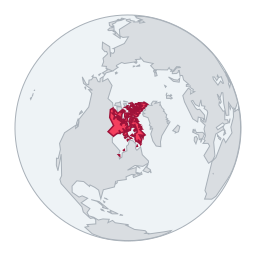 Nunavut highlighted on a globe, orthographic projection, rotated 28°
{"feature_id": "CAN-634", "entity_name": "Nunavut", "entity_type": "Territory", "adm_level": 1, "iso_a3": "CAN", "parent_name": "Canada", "parent_adm1": "", "projection": "orthographic", "projection_center": [-85.605, 67.518], "detail": "fine", "context": "on_globe", "style": "filled", "palette": "rose", "viewbox_px": 256, "rotation_deg": 28, "n_neighbors": 0, "source": "natural_earth", "source_scale": "10m", "svg_char_len": 15800}
<svg xmlns="http://www.w3.org/2000/svg" viewBox="0 0 256 256"><g transform="rotate(28 128 128)"><circle cx="128" cy="128" r="113" fill="#eef3f6" stroke="#a8b0b8"/><path d="M155.5,237.2L156.2,237.0L154.3,237.2L146.2,238.2L136.5,235.8L139.4,233.4L137.2,232.5L144.6,227.8L142.4,223.9L139.7,223.6L137.2,225.5L127.9,223.1L124.4,219.3L95.1,208.5L92.0,205.3L91.8,201.3L81.3,182.5L86.2,198.6L82.2,194.5L79.0,188.2L80.7,187.7L78.4,178.7L74.8,173.7L74.2,162.0L80.7,149.8L81.9,153.0L83.3,149.9L81.8,145.6L80.6,143.6L83.5,127.9L79.8,114.5L75.2,112.6L78.9,111.3L67.8,109.5L63.6,104.3L70.5,108.8L72.9,108.2L71.1,104.0L73.1,102.5L73.4,99.6L76.0,98.3L79.9,101.1L81.6,100.4L80.2,97.4L82.0,94.3L83.7,98.8L87.0,93.9L94.0,98.0L96.5,111.4L102.6,113.0L110.9,125.0L112.3,122.9L116.3,126.2L119.4,125.1L120.1,127.8L122.0,124.5L120.8,122.3L121.2,120.2L122.9,119.3L124.1,122.6L123.4,123.5L124.6,124.0L124.4,126.0L125.5,124.5L126.7,128.6L128.1,123.4L131.1,125.6L131.2,128.7L127.9,129.9L119.8,140.4L118.8,144.1L120.9,148.0L131.7,152.0L132.1,155.6L135.0,159.3L136.3,156.6L134.6,152.7L137.8,148.7L135.2,144.7L136.1,142.5L134.8,137.8L138.6,137.0L143.0,138.7L144.3,142.6L146.3,143.5L148.0,138.7L153.2,144.9L161.5,147.5L162.5,149.3L159.1,154.9L151.7,157.8L147.3,165.5L153.8,159.0L156.1,164.0L158.0,164.3L160.0,163.2L160.6,160.8L162.1,162.2L156.2,169.1L154.8,167.9L156.6,165.7L153.2,167.1L149.2,172.0L150.7,174.3L143.2,179.7L144.2,181.4L143.1,183.7L142.0,180.5L143.7,186.4L135.2,194.1L137.3,203.4L131.2,196.6L126.7,196.0L121.2,196.1L121.5,197.7L114.0,196.1L107.6,198.7L105.9,205.6L108.9,211.0L117.2,212.0L119.4,209.4L125.4,209.0L121.7,216.1L132.2,217.0L131.5,221.8L134.6,223.9L139.7,222.9L145.0,223.2L148.5,220.1L154.3,217.4L154.7,221.0L157.7,216.9L161.1,217.7L172.5,213.6L171.7,214.8L181.4,214.5L191.3,210.6L193.6,211.2L192.5,213.2L195.8,211.3L195.8,212.0L208.4,202.9L214.4,198.2L213.8,200.2L208.2,207.0L206.2,209.1L199.9,214.7L193.3,219.8L186.3,224.4L179.0,228.4L171.4,231.9L163.6,234.9L155.5,237.2ZM27.8,147.6L28.5,146.1L28.7,148.4L27.8,147.6ZM28.6,144.2L28.4,144.9L28.5,144.1L28.6,144.2ZM28.3,143.0L28.5,143.8L28.2,143.0L28.3,143.0ZM27.9,141.5L28.2,142.2L27.9,141.5ZM137.0,206.5L148.9,208.8L142.5,210.3L143.6,209.4L140.6,208.2L134.9,207.3L129.1,208.5L137.0,206.5ZM27.6,138.8L27.6,138.1L27.9,138.7L27.6,138.8ZM141.6,200.9L139.6,200.9L141.6,200.6L141.6,200.9ZM79.6,143.0L81.6,145.7L82.2,150.1L80.3,148.0L79.6,143.0ZM78.9,134.6L80.4,135.4L78.7,138.6L78.4,137.2L78.9,134.6ZM71.4,111.7L72.6,113.8L70.7,112.3L71.4,111.7ZM73.0,99.5L72.0,99.4L72.6,97.9L73.0,99.5ZM132.8,138.6L133.8,138.2L133.5,139.3L132.8,138.6ZM131.3,137.0L130.3,138.5L129.5,137.9L130.1,137.0L131.3,137.0ZM77.1,94.6L78.4,92.5L77.8,95.2L77.1,94.6ZM132.8,135.2L128.1,136.8L126.6,135.8L127.8,131.5L132.8,135.2ZM79.5,91.5L82.5,86.4L80.5,85.6L87.7,84.9L82.8,89.5L82.4,92.9L81.2,91.1L79.5,91.5ZM119.6,122.0L121.0,124.3L118.3,123.2L119.6,122.0ZM117.8,121.8L108.8,121.6L107.7,117.9L110.9,118.6L108.2,114.5L112.0,112.7L114.4,114.6L114.4,117.4L115.9,114.6L117.8,121.8ZM91.2,85.5L92.5,84.7L91.9,86.1L91.2,85.5ZM121.2,119.2L119.5,119.5L118.3,116.2L121.6,115.1L120.9,116.5L121.2,119.2ZM105.6,114.3L105.3,111.8L108.4,109.6L108.7,108.3L112.0,112.4L105.6,114.3ZM122.0,116.9L123.2,114.7L125.3,115.5L122.8,118.8L122.0,116.9ZM116.7,115.9L116.3,114.3L117.6,114.8L116.7,115.9ZM133.4,117.2L131.4,117.5L130.6,115.8L133.4,117.2ZM123.5,113.8L122.8,113.6L122.3,113.0L123.5,111.7L123.5,113.8ZM113.9,110.6L115.3,110.3L112.7,108.8L114.9,107.2L116.8,110.3L116.9,108.3L117.5,107.8L118.3,110.8L113.9,110.6ZM123.2,108.7L126.3,112.1L130.2,111.9L130.9,113.3L124.5,113.5L123.2,108.7ZM120.2,109.7L122.2,109.4L122.2,111.3L120.8,112.7L120.2,109.7ZM115.7,105.1L111.9,106.8L111.6,106.1L115.7,105.1ZM124.3,108.2L123.5,107.4L124.6,108.0L124.3,108.2ZM118.4,105.6L117.1,106.3L116.8,105.4L118.4,105.6ZM123.1,105.3L124.1,106.4L123.2,107.3L123.1,105.3ZM120.9,105.1L120.9,103.8L122.3,107.0L120.4,105.6L120.9,105.1ZM118.3,104.7L117.7,104.4L118.9,104.6L118.3,104.7ZM126.0,101.1L127.9,104.9L125.9,107.0L124.3,103.0L126.0,101.1ZM133.0,15.5L133.4,15.5L135.6,15.6L143.6,16.4L151.5,17.8L159.3,19.8L166.9,22.3L170.7,23.8L175.8,26.5L189.1,34.4L189.6,35.3L192.4,37.1L195.8,40.4L196.0,41.9L198.7,44.3L197.6,40.5L194.6,38.0L190.2,35.4L190.6,35.1L187.2,32.4L194.7,37.2L201.3,42.4L207.4,48.1L213.1,54.2L212.7,53.9L213.9,61.5L212.5,60.8L212.4,60.8L214.8,62.6L214.2,64.1L216.1,60.1L217.4,60.4L214.8,56.2L219.9,62.9L224.5,69.9L228.5,77.2L232.0,84.7L234.9,92.6L237.2,100.6L239.0,108.7L240.1,117.0L240.0,115.9L240.0,117.0L240.3,122.1L240.0,123.4L239.9,126.4L237.7,147.0L235.4,151.5L229.0,154.8L228.3,149.3L225.3,147.1L217.9,118.0L219.5,112.9L217.2,94.5L217.5,92.4L221.1,95.1L222.1,83.5L218.4,78.9L216.0,68.8L212.2,62.1L204.8,58.3L211.0,69.3L208.8,70.8L201.1,61.5L195.2,52.4L194.1,52.7L195.1,58.3L190.8,56.1L195.0,60.3L195.5,58.6L198.1,61.3L197.9,62.9L196.4,62.1L197.4,65.0L204.2,68.6L205.3,67.3L209.6,75.3L212.0,74.0L214.2,76.4L211.0,79.6L209.2,79.0L205.7,86.1L208.1,87.4L211.5,80.9L211.7,82.9L214.9,84.8L212.6,85.1L208.3,92.1L210.3,100.3L217.8,111.8L217.9,117.0L215.7,121.3L208.0,116.7L208.6,105.6L205.9,104.0L201.5,106.4L202.0,102.9L200.3,102.5L200.1,98.5L195.6,93.2L194.8,89.3L189.0,87.7L187.8,85.6L191.6,87.1L193.8,86.2L191.2,77.0L189.5,75.4L186.0,75.1L185.7,72.7L182.6,73.7L179.1,68.9L180.7,75.6L176.5,75.7L172.3,73.2L171.2,74.5L178.2,78.6L180.7,79.2L182.4,77.8L189.6,80.7L191.3,83.8L184.9,85.4L186.7,90.0L180.9,89.5L165.6,78.4L161.2,73.7L162.6,64.4L166.0,65.0L167.2,68.6L169.8,64.6L167.8,65.2L167.6,63.3L163.6,63.1L163.2,61.7L160.0,63.9L159.1,62.3L161.2,60.9L154.5,59.4L151.6,56.2L150.2,56.6L149.6,57.8L146.3,53.1L145.5,53.6L146.2,55.3L145.0,57.3L141.6,59.2L140.7,57.4L141.8,56.5L142.7,52.1L145.8,50.1L145.0,49.6L142.1,51.0L141.0,56.3L139.2,57.9L139.3,55.3L139.1,56.4L137.9,56.6L135.9,55.3L135.6,58.2L123.9,64.1L118.7,62.3L120.0,59.2L110.8,61.9L105.7,59.9L106.5,61.5L102.5,64.0L104.0,64.6L104.1,65.6L94.6,72.7L91.7,73.1L88.4,78.2L88.8,79.0L90.8,79.0L87.7,84.9L80.5,85.6L80.1,83.7L75.9,85.5L75.4,80.9L73.2,78.1L75.2,72.1L73.2,70.5L71.8,71.5L68.0,70.1L65.2,64.2L73.7,64.8L79.2,73.4L77.5,69.5L79.8,69.2L80.3,67.1L79.0,64.4L77.6,64.9L85.1,55.1L85.6,47.3L81.0,50.4L77.6,50.5L74.1,45.0L80.7,33.5L76.2,34.0L75.5,33.2L78.6,30.9L79.6,31.9L83.3,30.7L83.4,31.7L88.7,28.6L89.1,29.9L93.0,26.9L90.9,26.6L86.1,28.8L89.3,25.8L83.7,26.8L82.5,26.1L89.9,22.0L97.3,19.6L106.1,17.5L115.0,16.1L124.0,15.4L133.0,15.5ZM224.1,127.8L225.2,128.8L224.1,127.8ZM191.3,43.6L186.2,38.9L184.4,40.9L182.3,39.3L182.5,40.6L184.3,41.0L184.1,44.4L180.4,42.4L178.9,43.1L180.5,44.8L187.3,47.9L187.7,43.0L190.6,44.2L191.3,43.6ZM172.9,213.4L174.3,213.5L172.5,214.3L172.9,213.4ZM141.7,212.3L144.2,212.0L145.5,212.5L143.7,213.0L141.7,212.3ZM161.9,207.9L164.6,207.4L161.9,208.7L161.9,207.9ZM150.8,208.9L159.7,208.4L154.3,211.2L148.7,211.4L152.5,210.2L150.8,208.9ZM140.8,204.0L142.4,204.1L142.0,205.1L140.8,204.0ZM143.1,200.7L142.5,200.9L141.6,200.3L143.1,200.7ZM156.4,163.6L156.9,163.1L159.1,162.5L158.3,163.8L156.4,163.6ZM167.3,154.3L169.6,156.9L167.4,155.9L166.7,158.0L161.3,158.7L162.7,150.3L163.0,153.9L167.3,154.3ZM154.5,157.4L157.8,157.8L154.1,157.7L154.5,157.4ZM191.0,105.0L192.3,103.4L194.4,104.8L195.4,110.1L192.4,108.1L191.0,105.0ZM193.7,101.0L187.0,101.3L186.1,98.2L187.8,99.9L187.8,97.8L190.5,99.9L196.1,96.7L198.4,97.7L199.0,106.7L197.6,103.1L196.4,104.8L193.7,101.0ZM171.7,109.0L168.8,109.4L170.6,102.0L173.1,102.5L174.3,107.6L172.0,110.2L171.7,109.0ZM135.8,127.5L134.6,128.4L134.3,127.4L135.0,125.9L135.8,127.5ZM132.5,117.4L140.8,122.8L139.8,124.0L145.8,125.8L145.6,129.8L141.7,128.5L146.0,133.0L142.4,133.4L145.6,136.2L137.0,132.8L133.9,133.4L137.4,131.2L137.8,127.4L137.0,126.0L132.4,122.6L126.0,122.3L125.2,118.6L126.4,116.2L127.9,115.7L127.9,118.2L129.8,115.7L130.9,119.0L132.5,117.4ZM140.9,90.9L140.3,93.7L144.3,89.9L145.5,92.9L145.9,92.3L148.1,94.0L151.4,95.1L151.4,96.7L152.7,96.5L154.1,97.7L155.9,97.9L156.6,100.8L158.8,101.3L157.8,102.4L161.5,102.5L159.1,103.7L160.7,105.5L162.2,103.4L161.5,119.0L163.1,124.8L165.7,129.1L161.3,130.7L156.0,127.8L150.9,122.6L150.0,116.9L148.2,118.7L147.2,116.5L149.1,116.0L145.6,115.6L145.3,113.6L140.8,109.5L136.0,110.2L134.2,108.7L136.0,107.5L133.0,106.9L135.1,103.7L133.8,102.6L134.7,98.4L138.7,96.8L137.1,95.7L137.6,92.5L140.9,90.9ZM126.3,100.0L130.9,97.2L133.8,97.5L131.2,104.7L132.0,106.2L130.4,110.9L126.2,110.4L127.1,109.1L126.9,107.7L128.3,108.4L127.1,106.8L128.2,104.9L127.6,103.2L129.2,102.7L126.3,100.0ZM215.7,89.8L215.5,88.1L214.8,85.6L216.8,86.8L215.7,89.8ZM212.9,94.6L212.4,93.0L214.9,93.4L215.1,95.1L212.9,94.6ZM210.1,92.0L212.2,92.9L211.2,93.5L210.1,92.0ZM190.9,85.7L190.2,84.2L191.0,84.0L192.3,84.8L190.9,85.7ZM153.1,80.8L152.3,82.3L151.5,82.0L148.1,83.7L147.0,81.7L148.6,79.8L153.1,80.8ZM207.1,60.4L209.4,62.6L209.5,63.4L208.7,62.5L207.1,60.4ZM214.3,74.9L213.7,71.7L214.9,75.3L214.3,74.9ZM151.3,78.9L150.0,79.8L150.2,78.3L151.3,78.9ZM146.0,80.3L145.9,78.5L146.5,81.6L146.0,80.3ZM81.6,25.8L81.2,25.7L81.6,25.4L83.2,24.8L81.6,25.8ZM139.8,63.9L145.9,63.7L149.5,62.4L150.3,59.8L151.7,63.5L146.2,65.5L139.8,63.9ZM125.9,64.2L125.2,66.6L123.8,65.8L123.8,65.1L125.9,64.2ZM126.7,65.5L129.1,68.1L127.5,69.6L126.0,67.2L126.7,65.5ZM140.4,73.2L142.2,73.2L142.0,74.5L140.4,73.2ZM68.8,36.3L69.9,36.4L67.8,38.1L67.7,37.5L68.8,36.3ZM61.9,43.9L67.6,38.6L72.3,34.6L70.5,35.4L70.9,33.9L74.0,33.1L71.2,36.4L67.5,39.3L67.7,40.7L65.4,43.6L67.0,44.6L66.2,46.2L63.6,46.3L61.9,43.9ZM67.8,44.9L69.8,48.1L65.5,51.0L64.1,50.9L65.0,48.2L67.2,46.8L67.8,44.9ZM69.0,49.7L71.1,48.5L78.5,51.3L79.0,52.6L71.1,51.8L72.8,50.6L71.7,49.5L69.0,49.7ZM91.7,83.9L92.4,84.6L91.1,84.7L91.7,83.9ZM105.0,65.8L104.8,67.1L103.4,67.1L105.0,65.8ZM103.6,70.8L105.4,69.9L103.9,71.5L103.6,70.8ZM109.3,67.8L106.3,69.8L108.6,66.8L109.3,67.8Z" fill="#d9dde1" stroke="#a8b0b8" stroke-width="1"/><path d="M114.4,124.9L120.6,125.8L119.9,127.4L120.6,128.4L119.7,128.2L120.1,129.2L120.0,128.5L120.6,128.5L120.8,126.4L122.5,125.4L121.6,125.1L122.6,123.8L120.8,122.0L121.4,121.5L121.2,120.0L122.6,118.8L124.1,122.6L123.0,123.5L124.8,124.1L124.0,124.2L124.5,126.2L125.5,124.5L126.3,125.4L126.5,128.8L128.8,125.0L128.0,123.4L131.1,125.4L130.1,126.1L131.1,128.9L129.8,130.3L129.3,129.2L129.1,129.6L128.9,129.1L128.5,128.9L128.3,129.2L128.8,129.1L128.7,129.2L129.1,129.6L129.5,130.5L129.4,130.6L127.1,129.9L127.8,130.7L126.5,132.3L124.7,131.0L123.3,130.9L126.9,132.7L124.0,135.5L121.0,134.1L123.5,136.6L121.0,137.7L119.0,142.1L112.1,140.6L114.2,132.6L106.9,127.3L103.8,120.0L105.4,117.4L108.3,121.7L107.0,122.3L110.5,123.5L111.3,127.4L112.1,124.0L113.1,124.2L113.9,123.5L112.1,122.9L113.8,122.8L114.4,124.9ZM136.8,129.9L138.1,127.4L137.1,125.7L135.5,124.3L134.4,125.2L134.9,124.1L132.4,121.6L132.0,122.1L132.6,123.1L127.9,123.1L125.8,122.0L125.5,120.9L127.1,121.2L125.3,119.2L126.3,116.4L128.3,115.6L127.3,117.8L127.5,119.2L128.5,120.6L128.3,120.6L127.2,121.2L128.5,121.3L128.6,119.8L128.2,119.8L128.0,119.4L127.7,119.2L128.9,119.1L128.0,117.4L129.0,117.7L128.1,117.0L130.2,115.8L131.1,117.6L130.8,119.3L134.1,117.7L133.6,119.1L137.0,119.6L136.9,120.0L136.6,120.1L136.2,120.7L136.4,121.0L137.4,119.9L137.4,122.0L139.1,120.4L139.2,120.8L138.4,121.5L138.1,122.2L139.6,120.9L140.4,121.8L138.6,122.7L140.8,122.5L139.3,123.9L146.4,126.1L145.3,128.0L146.0,129.9L143.9,128.9L144.4,127.5L141.1,128.8L145.6,131.8L146.1,134.7L142.2,133.5L145.8,136.2L140.5,135.3L138.3,132.6L134.1,133.2L134.7,131.6L136.6,132.8L135.9,131.7L137.8,131.1L136.8,129.9ZM134.2,97.9L132.6,99.8L133.4,99.9L132.6,100.8L134.0,99.8L132.4,102.8L133.1,102.9L133.0,103.5L130.7,104.7L132.1,104.8L132.1,105.1L130.5,105.3L132.2,106.0L131.0,108.7L129.5,108.1L131.5,109.6L130.1,111.1L126.1,110.2L127.6,109.1L126.9,107.7L128.5,108.9L128.9,108.8L129.3,107.3L128.4,108.4L128.0,107.6L128.6,107.2L128.4,106.4L128.0,107.3L127.2,107.2L127.5,106.1L129.3,106.4L128.9,105.9L129.5,105.8L129.5,105.4L129.2,105.8L128.3,105.5L128.4,105.3L128.6,105.5L128.8,105.5L127.7,103.1L129.8,104.4L130.1,104.1L128.8,103.0L130.4,102.4L129.8,102.4L130.8,101.8L130.1,101.9L130.6,100.7L128.2,102.7L127.6,102.5L129.0,101.4L127.3,102.4L126.8,101.9L127.7,101.7L128.3,101.2L126.2,100.4L130.6,98.4L130.0,97.8L130.0,97.7L134.2,97.9ZM114.2,115.0L114.6,117.5L115.1,117.1L115.6,114.4L116.6,115.2L116.1,119.2L117.7,122.3L116.0,122.0L116.9,123.3L115.8,123.8L113.9,121.7L108.8,121.8L107.7,118.1L112.1,119.9L114.2,115.0ZM126.3,105.0L124.2,103.1L125.0,103.5L124.4,102.7L125.4,102.5L124.9,101.8L125.8,100.9L128.3,105.1L125.4,107.0L124.7,105.4L126.3,105.0ZM131.1,113.2L130.0,114.3L124.9,113.9L124.6,110.5L123.4,110.6L122.9,109.5L125.6,110.0L125.3,110.3L126.3,110.9L125.2,110.7L125.8,111.2L125.4,111.2L125.3,111.6L126.4,112.4L130.2,111.7L131.1,113.2ZM121.7,117.7L119.8,119.8L118.2,116.2L121.4,114.8L121.8,115.3L121.3,115.5L120.6,116.7L121.7,117.7ZM132.7,135.2L131.9,135.8L130.2,134.5L128.3,136.6L126.6,135.6L128.1,131.1L131.1,134.8L132.7,135.2ZM125.5,115.3L124.2,117.5L122.9,117.3L123.4,118.0L122.9,118.9L122.2,116.8L123.1,114.7L125.5,115.3ZM122.2,111.8L120.9,112.6L120.5,111.7L121.6,111.3L119.7,111.2L122.2,109.5L122.2,111.8ZM116.7,109.3L117.9,107.8L117.5,109.9L118.6,110.5L115.8,111.2L117.0,109.9L116.7,109.3ZM120.7,104.2L122.1,104.7L122.6,106.8L120.6,105.8L120.5,105.3L121.3,105.1L120.7,104.2ZM130.6,116.0L132.1,115.7L133.5,117.0L131.5,117.5L130.6,116.0ZM121.2,124.8L120.2,125.5L118.3,123.9L119.7,122.5L121.2,124.8ZM124.0,113.2L123.3,113.7L122.4,112.9L123.5,111.7L124.0,113.2ZM124.1,107.3L123.2,105.5L124.4,106.5L124.1,107.3ZM135.7,126.1L135.6,127.8L134.2,127.2L134.5,126.1L135.7,126.1ZM117.6,114.4L116.8,115.7L116.7,114.8L116.3,114.2L117.6,114.4ZM131.0,136.8L130.3,138.4L129.5,138.0L130.0,137.0L131.0,136.8ZM123.9,107.5L124.5,108.4L123.5,107.9L123.9,107.5ZM133.8,138.0L133.5,139.4L132.9,138.9L133.2,137.9L133.8,138.0ZM126.3,108.7L125.9,109.0L125.6,108.2L126.0,108.1L126.3,108.7ZM120.0,107.8L119.6,107.8L119.6,106.6L119.8,106.7L120.0,107.8ZM123.1,103.1L123.5,102.9L123.5,103.6L123.4,103.8L123.1,103.1ZM133.2,155.6L133.8,156.6L132.2,156.1L133.2,155.6ZM120.2,110.0L119.3,109.8L120.2,109.7L120.2,110.0ZM119.1,111.6L118.7,111.9L118.4,111.6L118.9,111.1L119.1,111.6ZM119.4,109.4L119.5,108.9L120.1,109.4L119.4,109.4ZM137.0,126.5L136.3,126.7L135.9,126.3L136.2,126.0L137.0,126.5ZM135.3,149.5L134.1,150.4L134.9,148.8L135.3,149.5ZM121.2,114.8L120.5,114.6L121.6,114.5L121.2,114.8ZM134.8,135.5L134.8,136.3L134.2,135.6L134.8,135.5ZM133.1,124.2L132.4,125.0L132.8,124.1L133.1,124.2ZM127.0,126.9L127.4,127.2L127.2,127.6L127.0,126.9ZM121.1,107.1L121.4,106.8L121.7,107.2L121.3,107.2L121.1,107.1ZM132.3,123.5L131.9,123.9L131.3,123.6L132.3,123.5ZM126.0,109.7L126.0,110.4L125.8,109.8L126.0,109.7ZM118.6,105.0L119.0,104.6L119.0,104.9L118.6,105.0ZM129.9,131.5L128.9,130.7L129.3,130.8L129.9,131.5ZM147.1,136.2L147.0,136.9L146.4,136.5L147.1,136.2ZM133.7,123.8L134.1,124.5L133.7,124.2L133.7,123.8ZM119.9,110.7L119.5,110.6L120.3,110.5L119.9,110.7ZM128.4,131.4L128.6,131.0L128.8,131.7L128.4,131.4ZM141.4,135.7L141.3,136.1L140.7,135.6L141.4,135.7ZM144.5,139.3L144.9,139.7L144.5,140.0L144.5,139.3ZM135.1,135.1L135.9,135.4L135.6,135.5L135.1,135.1ZM135.5,125.1L135.7,125.7L135.3,125.3L135.5,125.1ZM120.2,110.2L119.5,110.3L119.4,110.2L120.2,110.2ZM123.0,111.8L122.4,111.8L122.8,111.6L123.0,111.8ZM136.5,120.4L137.0,120.1L136.7,120.6L136.5,120.4ZM131.1,111.0L131.2,111.5L130.8,111.5L131.1,111.0ZM121.1,123.9L121.1,123.3L121.3,123.5L121.1,123.9ZM121.5,116.8L121.7,116.3L121.8,116.6L121.5,116.8ZM132.8,123.5L133.2,123.5L132.6,123.9L132.8,123.5ZM121.4,109.2L120.8,109.3L121.5,109.2L121.4,109.2ZM117.7,123.9L117.4,124.3L117.5,123.8L117.7,123.9ZM123.8,111.1L123.8,111.5L123.6,111.2L123.8,111.1ZM127.2,123.2L126.8,122.9L127.4,123.1L127.2,123.2ZM116.5,123.9L116.5,124.4L116.2,124.1L116.5,123.9ZM114.6,123.8L114.5,124.2L114.3,123.8L114.6,123.8ZM146.4,134.6L146.7,134.9L146.4,134.8L146.4,134.6ZM120.7,123.8L120.4,123.3L120.8,123.6L120.7,123.8Z" fill="#f43f5e" stroke="#9f1239" stroke-width="1.5"/></g></svg>